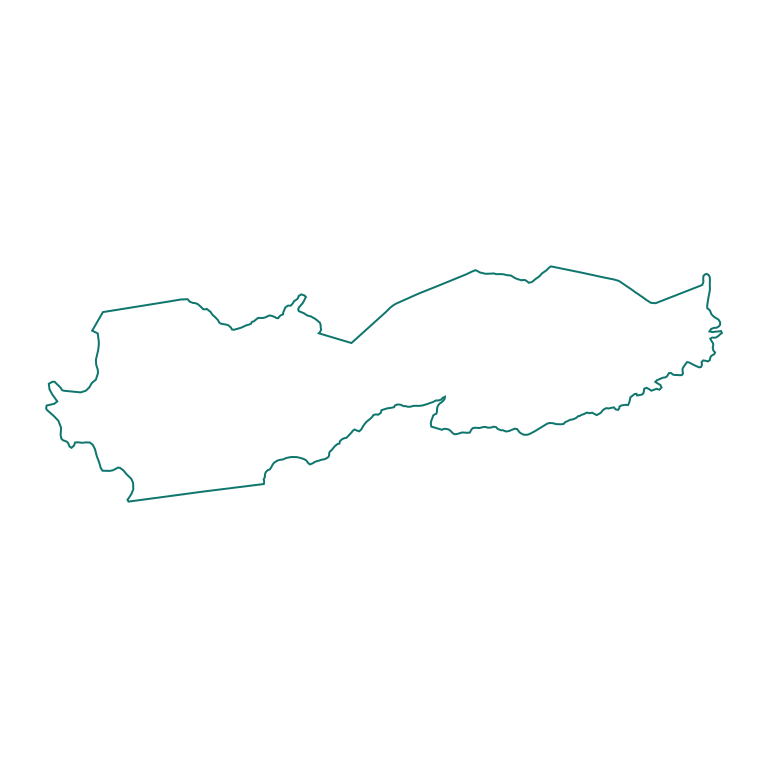 the district of Rodrigues Alves, Acre, Brazil
{"feature_id": "56859067B4793362369787", "entity_name": "Rodrigues Alves", "entity_type": "district", "adm_level": 2, "iso_a3": "BRA", "parent_name": "Brazil", "parent_adm1": "Acre", "projection": "orthographic", "projection_center": [-73.114, -7.862], "detail": "fine", "context": "isolated", "style": "outline", "palette": "teal", "viewbox_px": 768, "rotation_deg": 0, "n_neighbors": 0, "source": "geoboundaries", "source_scale": "gbopen_adm2", "svg_char_len": 6080}
<svg xmlns="http://www.w3.org/2000/svg" viewBox="0 0 768 768"><path d="M581.9,272.7L551.0,266.4L549.3,267.4L547.9,268.9L546.2,270.5L544.3,271.8L542.0,273.4L540.2,275.5L538.2,277.2L535.0,279.4L533.7,280.7L531.7,282.1L528.8,282.8L527.3,281.5L525.2,280.1L523.0,280.0L521.3,280.3L519.7,279.7L517.8,279.2L515.0,278.1L513.1,276.9L510.9,275.5L508.3,275.3L505.9,274.9L504.0,274.4L501.8,274.1L496.2,274.1L493.5,273.4L490.4,273.7L488.7,273.7L485.7,273.8L482.7,273.1L479.7,272.4L477.4,271.0L475.5,270.2L471.9,271.6L466.5,274.2L440.6,284.8L418.6,293.6L396.0,303.7L393.3,305.3L390.4,307.5L386.0,311.9L355.6,339.3L351.4,343.0L318.8,333.3L320.2,331.8L321.1,329.6L320.7,327.3L320.6,324.7L319.8,322.6L318.4,321.5L317.2,320.4L315.0,318.7L312.7,317.5L311.0,316.4L308.9,316.0L306.6,315.1L304.2,313.4L302.4,312.6L300.4,311.8L298.8,311.1L298.2,309.3L299.0,307.3L300.7,305.4L302.5,303.4L304.0,300.9L304.9,298.9L305.9,297.0L304.5,295.5L301.3,294.4L298.7,296.0L297.8,298.5L296.1,299.9L294.2,301.0L292.8,303.4L290.7,305.7L287.8,305.7L285.3,307.4L284.2,310.2L283.2,312.4L283.1,314.3L280.8,315.3L279.4,316.5L278.2,318.2L276.5,318.1L274.9,317.1L271.6,315.8L269.3,315.5L267.1,316.5L265.3,317.4L262.8,318.0L258.2,317.9L255.5,319.9L254.1,321.2L251.9,321.9L250.9,323.8L249.0,324.6L246.3,325.3L244.2,326.3L242.5,327.1L240.8,327.8L236.4,329.1L234.3,329.7L232.1,329.6L230.9,327.6L228.6,325.4L226.4,324.6L222.8,324.1L220.6,323.5L219.2,322.5L218.1,320.3L216.1,318.2L214.7,316.7L212.6,315.0L211.5,313.3L210.4,311.7L208.7,310.5L206.8,308.9L205.3,309.4L203.2,309.2L201.1,307.0L198.5,304.7L197.1,303.8L195.1,303.1L192.9,302.9L189.6,301.6L187.6,299.2L180.9,299.5L167.7,301.7L102.9,312.1L92.2,330.7L97.7,333.4L98.8,341.5L98.8,345.3L98.0,350.9L95.9,359.8L96.2,364.7L97.7,369.4L98.0,373.0L95.9,379.6L91.8,383.0L89.4,387.3L85.9,390.7L80.6,392.4L63.6,390.7L62.0,390.0L60.5,387.6L54.6,381.8L52.4,381.8L48.8,383.8L49.5,389.3L52.3,394.5L57.3,401.4L54.2,403.8L46.7,405.5L46.1,408.1L46.8,409.8L53.7,415.9L58.4,420.8L61.1,427.8L60.6,434.8L61.4,438.7L62.9,440.2L66.7,441.6L68.2,443.2L69.6,446.6L71.5,447.8L74.1,445.5L75.0,442.5L78.1,442.3L81.9,442.8L86.2,442.4L89.8,442.5L92.7,444.7L95.0,449.2L96.8,456.2L98.9,461.6L100.8,468.1L102.5,470.7L109.8,470.9L113.1,470.2L118.0,467.6L120.1,467.9L123.6,470.6L126.7,474.4L131.3,478.8L133.1,482.9L133.3,489.3L131.5,493.8L129.1,497.6L127.5,499.7L128.5,501.6L203.0,491.6L263.8,484.0L264.2,481.7L263.7,479.3L264.9,477.0L264.9,474.5L265.8,472.1L267.8,470.1L269.6,469.6L271.1,467.6L271.9,466.0L272.9,464.2L274.3,462.6L276.8,460.9L279.2,460.0L281.3,459.7L283.6,459.2L286.2,458.0L290.6,457.1L293.3,457.0L296.7,457.1L298.5,457.5L300.2,457.9L303.8,459.0L306.2,460.3L308.2,463.1L310.0,464.4L312.3,463.5L315.1,461.8L317.0,461.1L319.1,460.6L321.3,459.8L324.1,459.3L326.2,458.5L328.2,457.2L329.1,455.6L329.2,453.2L330.0,451.4L331.5,450.3L333.8,447.4L335.5,445.6L337.6,444.0L339.5,443.5L339.8,441.4L342.0,439.2L344.4,438.2L346.5,437.8L348.3,435.9L351.7,432.3L352.8,430.7L354.6,429.5L356.7,430.5L359.2,431.3L361.1,429.6L363.4,425.8L364.8,423.8L366.4,421.9L370.7,418.4L372.3,416.8L373.4,415.0L375.9,414.4L378.3,414.7L380.7,412.9L381.5,410.2L385.8,408.8L388.0,408.2L390.1,408.0L394.1,407.2L394.9,405.5L396.9,404.6L398.9,404.5L401.4,405.0L403.3,406.1L405.7,406.1L407.8,406.8L410.4,406.7L413.4,405.9L416.5,405.8L418.6,405.9L421.9,405.6L427.2,404.1L430.0,403.0L432.6,402.2L435.9,400.5L438.9,400.4L441.3,399.5L442.8,397.8L444.9,396.8L444.7,398.7L443.7,400.3L441.9,402.0L439.8,403.5L438.5,404.9L437.6,406.5L437.1,408.4L437.0,410.3L436.9,412.1L436.2,413.8L434.3,414.6L433.1,415.7L432.5,417.7L431.3,420.7L430.8,423.5L431.3,426.6L442.0,429.8L443.9,428.9L445.9,428.8L448.9,429.6L450.9,431.2L452.5,432.9L454.1,434.1L456.0,434.2L458.9,433.5L461.8,432.5L463.6,432.5L467.4,432.8L469.9,432.5L471.0,430.2L472.6,428.2L475.0,427.7L477.4,427.9L479.4,428.0L481.4,427.5L484.1,426.9L486.2,427.1L487.8,427.7L490.8,427.6L493.6,426.7L496.0,427.1L497.8,429.0L500.9,430.2L503.2,430.3L505.9,431.5L508.8,431.1L514.7,428.7L517.1,429.1L519.0,431.7L520.4,433.0L523.6,434.7L526.6,434.8L529.2,434.2L534.9,431.2L547.3,423.6L549.7,423.0L552.8,423.2L555.0,423.8L556.9,424.2L558.9,424.2L561.2,424.3L563.7,423.9L565.1,422.2L567.0,421.4L568.6,420.6L570.1,419.8L571.8,419.6L574.2,418.9L576.3,417.8L578.1,416.2L579.8,415.9L581.6,414.8L584.2,414.0L586.7,412.6L589.6,413.2L592.1,412.7L596.7,415.1L598.4,414.2L600.8,412.8L602.2,410.9L604.1,409.2L606.5,408.1L608.7,408.5L610.9,407.9L614.0,407.4L615.5,409.3L618.1,409.9L619.2,408.4L619.5,406.5L621.8,405.3L623.8,405.1L625.7,404.8L628.0,405.1L629.1,402.8L630.0,399.8L630.4,397.3L632.5,395.7L634.5,394.1L636.5,393.8L637.1,395.4L639.2,395.2L642.4,394.4L643.7,392.5L644.2,388.8L646.4,387.8L648.7,388.9L651.4,390.7L653.9,389.8L656.5,388.8L659.4,389.7L661.5,387.6L660.4,385.0L657.9,383.6L655.3,381.9L657.1,380.1L659.7,379.1L662.9,377.7L665.2,377.4L666.9,376.4L667.9,374.9L668.9,373.2L670.8,372.9L673.2,374.7L675.2,375.0L677.2,375.0L679.4,375.2L681.8,375.1L683.0,373.4L682.5,370.6L682.7,368.3L684.1,366.1L685.6,364.0L687.1,362.1L689.5,362.6L691.0,363.5L695.1,365.6L696.9,366.4L699.3,367.4L701.1,366.9L702.0,364.7L701.6,362.1L703.2,360.4L705.7,360.8L707.9,361.4L709.9,360.0L710.2,358.0L710.9,356.3L712.4,355.2L714.2,354.2L715.1,352.5L713.3,350.4L712.7,347.5L713.3,345.1L713.0,343.2L711.5,341.0L710.3,338.6L712.1,337.6L715.1,337.7L716.8,337.1L718.6,335.7L719.9,334.5L721.9,333.0L721.0,331.1L718.0,331.5L716.0,331.6L712.3,332.1L709.5,331.4L711.2,328.9L713.9,327.9L716.7,327.7L719.1,326.2L720.1,324.7L720.1,322.2L718.4,319.5L715.5,317.8L713.6,316.5L711.4,314.2L710.1,310.8L708.8,309.3L707.3,308.3L707.2,306.1L707.4,304.1L708.5,297.1L709.0,294.9L709.9,289.8L709.9,288.1L709.8,285.0L709.8,283.3L709.9,281.0L709.9,278.4L709.6,276.7L708.6,275.0L706.8,273.9L704.7,274.6L703.4,276.1L703.2,278.9L703.4,281.8L702.3,284.9L699.7,286.0L655.9,303.1L653.7,303.1L650.5,302.7L649.0,301.6L645.9,299.6L644.1,298.2L641.3,296.3L639.4,295.0L638.0,293.9L636.5,293.1L635.1,292.1L633.1,290.6L630.3,288.6L627.7,286.9L622.0,283.0L619.2,281.1L615.5,279.9L613.1,279.3L603.1,277.3L581.9,272.7Z" fill="none" stroke="#0f766e" stroke-width="2"/></svg>